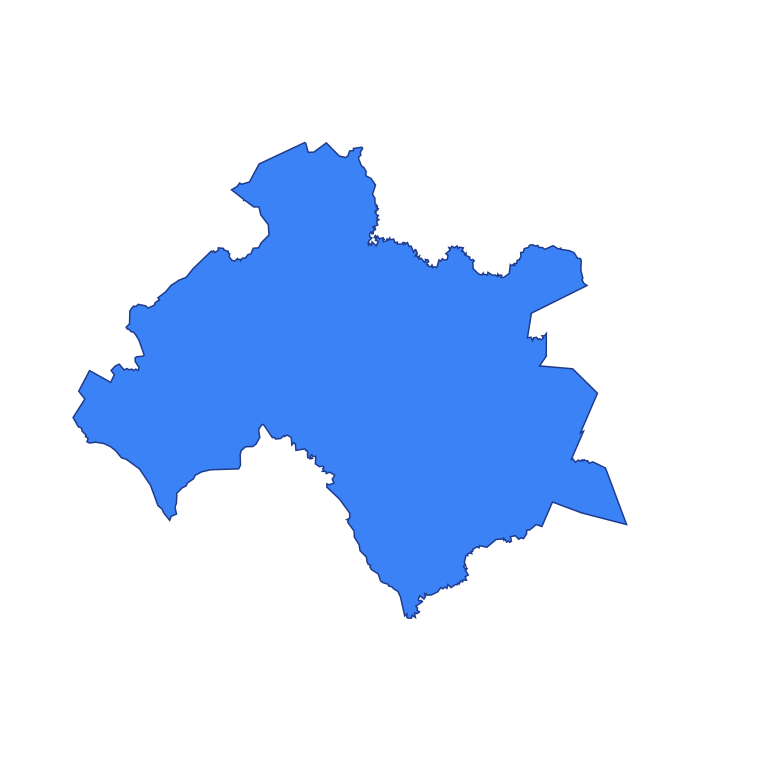 Hastings District, Hawke's Bay, New Zealand (Robinson projection), rotated 113°
{"feature_id": "76426892B40769329119322", "entity_name": "Hastings District", "entity_type": "district", "adm_level": 2, "iso_a3": "NZL", "parent_name": "New Zealand", "parent_adm1": "Hawke's Bay", "projection": "robinson", "projection_center": [176.628, -39.374], "detail": "fine", "context": "isolated", "style": "filled", "palette": "blue", "viewbox_px": 768, "rotation_deg": 113, "n_neighbors": 0, "source": "geoboundaries", "source_scale": "gbopen_adm2", "svg_char_len": 6171}
<svg xmlns="http://www.w3.org/2000/svg" viewBox="0 0 768 768"><g transform="rotate(113 384 384)"><path d="M188.9,260.3L188.8,265.3L191.0,273.9L189.9,274.3L191.6,276.4L190.6,282.4L197.2,288.5L196.5,291.4L197.7,294.9L196.4,296.6L197.8,298.5L197.8,301.9L199.5,304.3L201.8,304.3L204.6,307.8L208.1,307.2L209.6,309.6L213.1,307.7L217.0,308.1L218.0,309.7L221.1,309.0L222.3,311.3L223.8,310.0L223.8,311.9L225.1,312.3L224.7,314.4L233.2,311.9L239.0,315.3L240.2,317.8L238.0,318.0L238.3,319.8L239.9,320.2L238.3,322.2L240.5,321.9L240.3,324.7L241.5,326.4L240.6,331.9L243.2,331.2L244.0,335.5L243.2,336.1L245.4,336.4L245.8,339.8L243.1,346.9L237.6,349.7L235.4,349.1L234.7,350.9L235.8,351.9L235.5,354.1L233.7,354.5L233.7,358.6L231.5,359.6L233.2,360.2L230.8,362.7L231.6,364.3L227.7,364.2L228.6,368.0L230.4,368.8L228.4,370.7L231.0,372.3L230.7,375.4L233.0,375.6L233.0,377.6L235.0,375.5L239.8,378.0L240.8,375.2L244.7,374.5L246.5,377.0L245.8,379.2L248.7,379.8L248.3,381.8L256.1,380.9L256.4,383.4L257.7,384.4L255.8,386.3L257.6,386.4L258.2,389.3L257.1,390.0L257.5,391.1L255.6,391.7L254.0,390.7L252.6,392.1L253.2,394.6L255.1,393.6L256.2,394.3L253.7,398.9L255.3,400.9L252.3,401.4L254.0,402.4L253.9,404.0L252.5,404.1L253.6,405.3L250.5,404.6L248.2,406.9L248.1,407.8L251.1,408.3L246.5,412.9L247.6,414.6L244.7,417.7L247.5,419.8L245.3,420.0L246.4,420.4L246.2,421.8L248.2,422.1L250.0,426.5L248.2,427.1L249.6,429.4L246.8,431.6L248.8,434.8L247.4,435.8L250.1,436.4L249.3,437.8L251.5,437.7L253.2,440.2L251.9,441.3L250.9,440.2L249.7,442.0L252.2,444.9L250.4,447.8L251.7,448.1L250.7,450.0L252.9,450.2L253.3,447.9L255.0,448.0L254.9,444.9L260.0,445.2L257.8,450.5L261.0,449.7L260.3,452.2L262.2,452.1L261.1,453.5L258.1,453.8L254.3,452.3L254.1,454.6L251.8,455.8L249.3,455.6L249.1,454.6L250.5,453.8L249.8,452.7L247.0,453.6L245.1,452.2L243.4,453.6L244.5,454.2L243.8,455.5L240.0,451.9L237.3,454.4L234.7,452.9L234.7,455.4L231.0,455.1L231.3,456.5L229.6,459.1L228.7,458.4L227.9,459.7L226.5,457.9L224.8,457.8L224.9,459.3L223.1,459.5L223.6,460.6L222.1,460.7L221.5,462.8L216.6,464.9L213.9,468.7L204.2,469.5L199.8,476.4L199.4,482.1L195.3,483.5L192.6,487.2L192.0,490.0L186.8,495.2L185.1,495.9L182.4,494.8L179.9,496.4L175.6,495.7L174.7,496.9L179.1,504.2L181.2,503.4L182.9,506.7L188.2,506.3L190.6,508.0L191.6,514.3L184.6,531.3L198.1,539.3L200.3,544.3L193.0,550.1L192.8,551.4L230.2,584.9L250.6,586.8L255.8,593.2L255.4,595.4L259.7,596.4L264.8,600.3L268.8,585.4L269.9,584.9L269.3,583.8L271.9,573.1L269.9,568.3L276.6,563.4L282.6,552.7L291.8,548.1L302.0,552.2L307.7,552.7L310.1,557.4L316.3,557.4L318.1,559.8L322.3,560.8L323.4,563.5L326.5,564.2L325.5,565.2L326.5,567.3L325.8,568.0L329.3,569.4L329.4,572.5L327.5,576.1L324.5,576.9L324.4,578.3L322.7,579.1L323.2,583.6L321.9,584.7L323.4,589.7L326.0,588.8L329.2,591.4L328.0,592.8L329.3,593.6L329.1,594.9L352.5,604.8L363.1,607.8L368.6,613.3L376.6,618.6L384.7,621.1L393.0,625.8L394.1,623.6L398.5,626.4L401.3,626.2L406.3,631.0L405.2,634.1L406.7,641.4L409.5,642.5L410.1,644.9L413.1,646.0L416.3,646.4L427.9,641.8L432.5,643.5L433.6,642.1L433.4,639.4L434.6,637.6L434.2,634.7L435.2,632.6L439.1,627.0L451.0,616.1L452.6,616.8L455.7,622.5L457.4,623.3L460.6,621.7L464.5,615.9L467.7,615.7L467.3,618.3L469.5,619.8L468.8,621.9L470.6,624.4L470.2,626.6L472.6,628.8L469.2,635.4L472.4,638.4L478.1,640.5L480.9,635.9L489.3,636.2L486.7,660.3L509.9,662.2L514.7,653.5L536.3,657.1L542.8,648.7L542.8,645.3L545.4,643.4L547.5,638.2L549.0,638.3L549.5,635.2L553.3,634.8L553.3,631.8L550.3,626.9L548.2,618.3L548.5,611.3L550.2,605.1L554.5,596.8L554.0,591.9L557.7,575.9L568.6,559.2L584.3,544.5L585.9,539.4L588.7,536.4L593.3,528.0L588.9,528.2L584.8,524.2L579.0,528.3L574.8,528.5L565.5,532.0L558.5,529.2L555.2,526.4L551.9,526.3L545.6,522.3L541.8,522.1L536.3,517.7L530.8,510.3L518.9,484.6L514.8,484.4L505.2,488.8L501.2,489.4L495.9,487.0L492.8,480.3L489.3,478.3L481.6,477.5L475.2,481.5L469.9,480.8L468.3,479.2L477.0,465.8L476.0,464.2L477.0,462.3L474.7,458.0L470.6,455.8L471.1,454.9L468.9,453.4L469.2,450.0L470.0,448.2L476.1,445.0L473.4,444.2L473.8,442.2L479.5,439.1L474.6,431.5L475.8,430.0L475.5,428.3L481.4,425.6L481.8,422.9L480.5,420.9L479.4,423.8L477.4,422.9L478.6,421.0L477.2,418.5L484.3,416.0L485.3,411.2L483.5,407.7L484.7,406.4L486.2,407.3L487.3,405.9L488.4,406.4L487.2,403.3L489.0,402.2L486.4,399.6L487.2,393.8L492.0,394.4L494.5,391.3L498.3,395.2L498.2,397.6L501.3,396.3L507.4,379.9L516.2,365.2L520.8,363.1L523.4,365.2L523.3,363.7L525.5,363.3L531.1,354.0L536.5,351.5L541.6,344.2L546.8,340.9L550.3,332.5L554.2,330.2L556.2,328.0L556.1,325.5L558.2,325.3L559.7,323.1L561.1,315.1L566.6,310.2L567.3,307.7L566.7,302.1L568.1,300.7L567.6,296.8L568.7,295.4L569.5,290.1L573.9,285.4L589.4,274.3L586.8,273.0L589.7,271.9L590.1,270.6L588.8,267.2L585.9,267.7L586.6,263.9L582.9,266.4L582.3,263.7L579.9,262.3L579.4,265.2L577.2,265.6L576.1,267.8L569.4,263.6L568.6,265.0L569.9,267.0L569.3,268.1L564.9,268.4L566.3,263.2L563.5,262.7L561.0,264.8L560.5,263.3L561.6,262.0L559.7,258.0L554.1,253.2L549.3,252.3L549.6,249.9L547.1,248.5L547.5,246.2L543.6,246.8L545.2,242.7L540.6,239.9L540.4,238.4L538.1,238.1L538.9,236.7L535.1,236.3L535.4,234.3L533.5,234.6L532.4,231.4L529.8,234.0L526.9,231.8L523.6,236.3L521.6,235.3L521.2,236.3L522.2,237.1L521.1,239.3L519.3,239.2L519.5,237.7L516.6,240.5L509.8,241.5L509.2,239.8L507.7,240.6L506.5,239.7L505.7,236.9L504.2,238.4L503.2,237.0L501.6,237.6L497.5,234.8L497.7,232.6L495.4,232.7L494.1,225.5L483.3,220.1L480.6,214.7L479.4,214.2L480.9,212.7L479.6,212.4L481.6,209.3L480.1,208.2L480.6,206.5L479.0,205.3L475.1,207.9L472.3,203.7L474.3,199.3L472.1,197.9L471.8,195.2L466.2,194.2L462.7,195.6L461.5,192.9L453.9,189.0L453.5,183.0L426.8,182.8L425.5,152.3L418.6,105.8L374.8,147.3L374.1,161.2L376.7,164.3L375.0,166.6L375.9,168.2L375.5,170.2L376.8,170.7L376.3,172.0L378.2,172.6L378.1,175.4L381.2,177.2L379.1,181.0L380.1,182.1L349.5,181.9L352.2,184.1L309.1,183.9L296.3,216.3L306.6,247.9L294.9,245.5L274.1,254.3L276.9,255.0L277.9,257.4L279.6,255.1L281.8,256.6L281.7,258.7L282.8,259.4L281.4,261.8L283.0,264.3L286.1,264.1L283.5,266.9L285.4,270.0L261.2,276.0L214.0,235.6L213.4,239.1L210.8,242.5L208.9,242.3L202.8,247.0L192.7,251.0L191.8,252.6L192.7,254.8L188.9,260.3Z" fill="#3b82f6" stroke="#1e3a8a" stroke-width="1.5"/></g></svg>